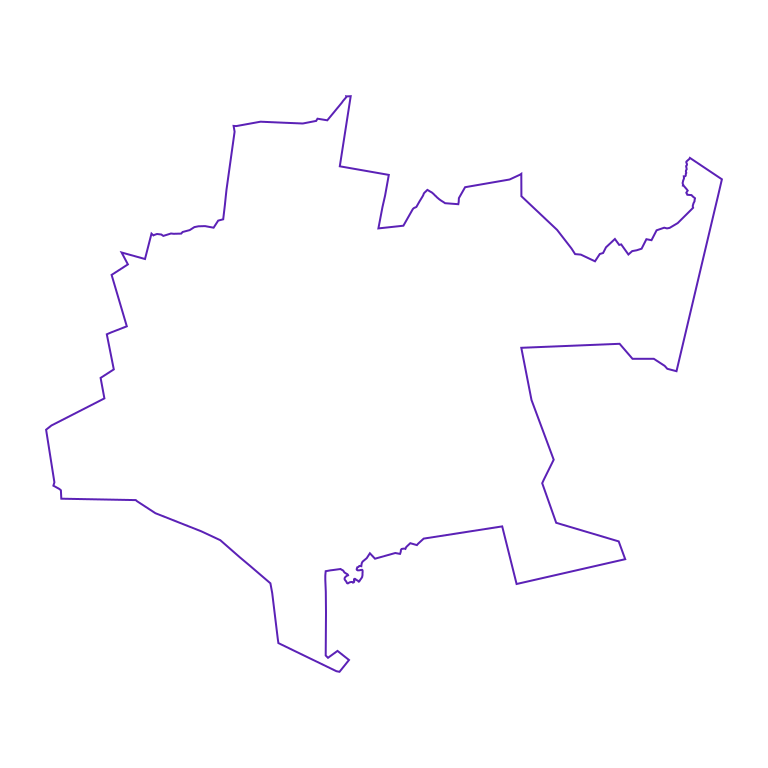 the district of Suaqui Grande, Sonora, Mexico
{"feature_id": "50627088B38493213969100", "entity_name": "Suaqui Grande", "entity_type": "district", "adm_level": 2, "iso_a3": "MEX", "parent_name": "Mexico", "parent_adm1": "Sonora", "projection": "orthographic", "projection_center": [-109.833, 28.382], "detail": "fine", "context": "isolated", "style": "outline", "palette": "violet", "viewbox_px": 768, "rotation_deg": 0, "n_neighbors": 0, "source": "geoboundaries", "source_scale": "gbopen_adm2", "svg_char_len": 5660}
<svg xmlns="http://www.w3.org/2000/svg" viewBox="0 0 768 768"><path d="M721.9,179.3L689.9,157.9L689.4,158.9L686.9,161.1L686.4,161.6L686.3,162.4L687.0,164.2L686.7,165.5L686.1,166.1L686.7,169.2L686.0,170.5L685.9,171.8L686.3,172.9L685.8,173.7L685.8,175.2L685.4,176.1L684.7,176.3L683.8,176.3L684.0,178.3L683.5,179.8L683.2,180.4L682.9,181.9L682.6,183.0L682.9,184.2L683.2,184.6L682.9,185.6L683.8,185.9L686.5,189.0L687.7,190.6L686.3,192.7L686.4,193.0L686.5,193.2L686.6,193.3L686.7,193.5L686.8,193.6L686.8,193.8L686.9,194.0L687.0,194.1L687.2,194.3L687.3,194.4L687.4,194.5L687.5,194.7L687.5,194.8L691.5,195.1L691.8,195.4L691.9,195.5L692.0,195.7L692.1,195.8L692.3,196.0L692.5,196.1L692.7,196.3L692.9,196.5L693.1,196.8L693.3,196.9L694.6,197.9L694.7,198.0L694.9,198.1L695.0,198.3L695.0,198.5L694.9,198.9L694.8,199.2L694.7,199.5L694.6,200.0L694.6,200.3L694.6,200.5L694.5,200.9L694.5,201.2L694.5,201.4L694.4,201.6L694.2,201.9L694.1,202.1L694.0,202.3L693.8,202.6L693.7,202.9L693.6,203.1L693.5,203.3L693.4,203.6L693.3,203.9L693.2,204.4L693.0,205.0L692.9,205.3L692.8,205.6L692.8,205.8L692.8,206.3L692.8,206.6L692.8,206.9L692.9,207.0L693.0,207.3L693.0,207.6L693.1,207.8L677.7,223.1L669.6,227.9L667.0,228.4L664.2,227.7L656.6,230.3L651.5,240.2L646.4,239.2L641.6,248.7L636.6,250.3L632.2,251.1L628.4,254.5L621.2,244.4L619.2,244.9L614.9,239.0L606.0,247.3L603.1,253.0L599.8,254.0L595.0,261.3L580.8,254.6L575.1,254.1L571.5,248.5L557.1,229.9L534.3,208.4L521.4,196.2L521.3,173.8L520.0,174.7L509.6,179.5L465.1,187.2L458.9,198.1L458.8,199.8L458.7,202.0L458.3,204.2L445.1,203.2L443.5,202.1L441.4,200.8L440.1,199.9L438.9,199.0L438.1,198.3L437.4,197.7L436.9,197.3L435.9,196.2L434.9,195.4L434.5,194.9L433.5,193.9L432.0,192.6L431.6,192.3L431.0,192.0L430.6,191.8L430.1,191.5L428.6,190.6L427.4,189.9L426.4,190.8L426.1,191.2L425.8,191.5L425.6,191.6L425.4,191.8L425.2,192.0L424.8,192.4L424.2,193.0L424.0,193.3L423.8,193.6L423.3,195.0L422.7,196.2L419.4,201.6L416.4,206.9L416.1,207.1L415.6,207.3L415.0,207.6L414.6,207.7L414.2,207.9L413.9,208.1L413.5,208.4L413.2,208.7L413.0,208.9L412.7,209.3L403.4,225.7L398.9,226.2L378.4,228.4L382.5,206.9L385.1,195.5L388.8,174.9L339.8,166.3L350.7,96.2L346.7,96.4L346.2,96.3L346.3,97.1L342.9,101.1L341.9,102.6L327.3,120.3L317.5,118.7L316.7,120.0L316.3,120.6L316.2,120.9L302.8,123.5L283.2,122.7L260.5,121.7L236.2,126.1L233.6,125.9L234.6,131.7L226.5,189.6L225.8,196.1L224.9,204.9L223.2,219.3L218.2,220.6L213.6,227.7L205.0,226.1L201.9,226.2L198.4,226.3L194.4,227.1L189.7,230.1L182.6,232.0L181.2,233.6L173.6,233.8L171.0,233.5L163.3,235.9L161.3,234.5L157.0,234.0L154.1,235.0L153.4,235.4L151.5,233.6L145.0,259.0L121.6,252.5L127.9,264.4L111.6,274.9L126.8,326.3L111.2,332.4L106.8,334.3L113.8,369.4L100.6,377.9L104.4,398.4L51.4,425.5L46.1,429.7L54.4,482.3L53.4,485.7L59.4,489.0L60.9,490.3L61.3,498.7L135.8,500.1L137.0,501.2L155.4,513.2L201.5,531.4L201.9,531.6L220.3,540.2L239.6,557.1L250.2,566.0L270.4,583.3L272.2,593.0L277.8,639.0L278.4,643.1L336.4,671.2L339.5,671.8L349.0,660.0L337.5,650.9L328.0,657.8L325.7,655.5L326.0,612.7L325.8,591.9L325.3,579.8L325.3,575.6L325.5,573.2L325.7,571.2L330.7,570.3L332.5,570.1L340.6,569.0L341.2,569.5L341.6,569.7L341.9,569.9L342.2,570.0L342.5,570.1L342.8,570.3L343.2,570.7L343.5,571.0L343.7,571.3L344.1,572.0L344.4,572.4L344.7,572.6L344.9,572.7L345.2,573.0L345.5,573.1L346.4,573.7L347.2,574.1L347.5,574.3L347.7,574.6L347.9,574.8L348.0,575.0L348.1,575.3L347.9,575.4L347.6,575.4L347.3,575.5L347.2,575.6L346.9,575.8L346.5,576.1L346.1,576.3L345.8,576.6L345.5,576.9L345.2,577.2L345.0,577.5L344.7,578.0L344.6,578.4L344.6,578.8L344.6,579.1L344.7,579.5L344.9,579.8L345.4,580.5L346.1,581.3L346.5,582.0L346.7,582.5L346.9,582.9L347.2,583.2L347.4,583.3L347.8,583.3L348.1,583.3L348.5,583.0L348.9,582.8L349.5,582.4L349.8,582.3L350.1,582.2L350.5,582.1L350.8,582.1L351.2,582.0L351.6,582.0L352.0,582.0L352.3,582.0L352.6,582.2L352.8,582.4L352.9,582.6L353.1,582.6L353.3,582.5L353.6,582.4L353.8,582.3L353.9,582.1L354.1,581.9L354.1,581.7L354.2,581.3L354.2,581.2L354.1,580.7L354.0,580.4L354.0,580.0L354.0,579.4L354.1,579.2L354.4,578.9L354.6,578.9L354.8,578.9L355.1,578.9L355.3,579.0L355.6,579.2L355.9,579.6L356.0,579.8L356.3,580.0L356.5,580.1L356.9,580.2L357.1,580.3L357.4,580.4L357.6,580.5L357.9,580.7L358.2,581.1L358.3,581.3L358.5,581.5L358.8,581.7L359.0,581.6L359.3,581.3L359.4,581.1L359.5,581.0L359.7,580.7L359.8,580.5L360.0,580.3L360.1,580.0L360.3,579.7L360.7,579.2L361.0,578.8L361.2,578.5L361.5,578.1L361.7,577.8L361.8,577.6L361.9,577.4L362.0,577.2L362.2,576.9L362.2,576.5L362.3,576.1L362.5,575.1L362.5,574.5L362.5,574.0L362.5,573.4L362.5,572.8L362.6,572.5L362.6,572.2L362.6,571.6L362.6,571.3L362.6,571.2L362.6,570.9L362.5,570.7L362.5,570.3L362.4,570.2L362.2,569.9L361.8,569.9L361.6,569.9L361.3,569.9L361.0,570.0L360.8,570.0L360.4,570.1L360.0,570.2L359.2,570.3L358.9,570.3L358.7,570.3L358.4,570.3L358.2,570.3L357.9,570.3L357.7,570.3L357.6,570.2L357.3,570.1L357.2,570.0L357.0,569.9L356.9,569.8L356.8,569.7L356.7,569.5L356.7,569.3L356.7,569.1L356.8,569.0L356.8,568.8L356.9,568.5L357.0,568.3L357.1,568.0L357.1,567.8L357.2,567.6L357.3,567.3L358.4,567.0L359.3,566.0L360.0,565.9L361.3,566.2L361.4,565.3L361.7,563.4L362.1,562.5L362.6,561.6L366.7,558.2L369.9,553.3L375.0,558.7L395.3,553.0L400.0,553.9L400.3,553.2L400.8,551.5L400.9,550.0L401.6,549.0L403.0,548.7L404.7,548.6L405.4,548.9L406.2,547.1L407.4,545.9L410.3,543.2L416.9,545.1L418.2,543.6L423.7,538.6L502.2,526.4L516.6,584.0L625.2,559.2L618.7,541.4L556.2,522.8L542.2,483.2L543.7,479.9L553.7,459.7L531.5,400.0L521.3,347.8L555.8,346.4L619.6,343.8L632.5,358.8L653.8,358.8L664.7,365.9L667.3,368.8L676.5,371.2L701.4,265.9L714.6,210.2L718.0,196.0L721.9,179.3Z" fill="none" stroke="#5b21b6" stroke-width="2"/></svg>